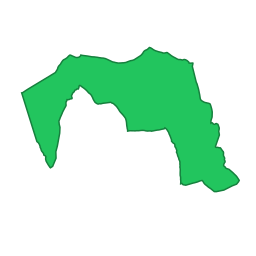 Harf Sufyan, Amran, Yemen (Natural Earth projection), rotated 344°
{"feature_id": "15242507B58979028300057", "entity_name": "Harf Sufyan", "entity_type": "district", "adm_level": 2, "iso_a3": "YEM", "parent_name": "Yemen", "parent_adm1": "Amran", "projection": "natural_earth1", "projection_center": [43.96, 16.372], "detail": "fine", "context": "isolated", "style": "filled", "palette": "green", "viewbox_px": 256, "rotation_deg": 344, "n_neighbors": 0, "source": "geoboundaries", "source_scale": "gbopen_adm2", "svg_char_len": 5777}
<svg xmlns="http://www.w3.org/2000/svg" viewBox="0 0 256 256"><g transform="rotate(344 128 128)"><path d="M206.2,103.3L206.8,86.7L207.2,85.8L208.2,83.9L208.2,83.4L205.9,82.9L204.6,82.4L204.6,81.4L203.4,79.5L202.2,78.3L201.1,77.7L200.8,77.6L200.1,77.6L199.1,77.7L197.0,76.5L196.4,76.4L195.7,76.2L195.1,75.9L194.4,75.3L193.9,74.8L192.1,73.0L191.4,72.4L190.4,71.3L189.9,70.8L188.9,69.5L188.5,68.9L187.1,67.1L186.6,66.4L185.9,66.1L184.4,66.1L183.8,66.0L183.1,65.8L182.3,65.6L181.8,65.1L181.1,64.6L180.5,64.3L178.4,63.1L175.7,61.3L175.0,60.7L174.4,60.1L173.8,59.5L173.4,58.9L171.9,57.2L171.4,56.9L170.7,56.5L169.7,57.1L168.4,57.7L167.8,57.9L166.0,58.1L165.5,58.3L164.9,58.5L164.5,58.7L163.7,59.3L162.7,60.3L161.9,60.8L161.1,61.4L159.7,62.0L155.7,63.2L153.0,64.0L152.7,64.1L150.8,64.2L149.0,64.0L146.1,64.2L144.0,64.4L142.5,64.2L141.6,64.1L140.5,63.8L139.0,63.5L136.5,62.9L133.6,61.4L132.8,60.9L131.4,60.2L129.8,58.8L127.3,56.6L125.5,55.1L124.8,54.7L123.5,54.0L121.6,53.3L119.0,52.1L118.5,51.8L115.0,50.3L114.0,50.0L112.9,49.6L109.0,47.7L104.8,45.9L103.7,45.4L103.0,45.0L102.7,44.9L102.5,45.4L102.3,45.6L101.9,45.8L101.4,46.1L100.4,46.4L100.0,46.4L99.0,46.3L98.3,46.2L97.8,46.0L97.0,45.6L96.3,45.0L93.6,42.8L93.0,42.2L92.4,42.0L92.1,41.9L91.8,42.0L91.4,42.2L90.7,42.5L90.4,42.7L88.9,43.6L88.6,43.7L88.1,43.9L87.5,44.1L86.5,44.4L85.8,44.5L84.9,44.7L84.0,45.1L83.6,45.4L81.9,46.8L80.7,48.0L80.4,48.2L78.7,49.2L78.3,49.5L78.0,49.8L77.4,50.4L76.6,51.7L76.1,52.3L75.4,52.9L73.9,54.3L73.4,54.7L42.8,63.0L39.8,63.9L38.0,64.5L36.4,65.0L35.5,64.9L35.5,66.2L36.7,115.7L36.8,116.0L36.9,116.3L37.3,116.8L37.6,117.1L37.7,117.4L37.8,117.7L38.0,118.4L38.2,119.0L38.3,119.3L38.3,119.7L38.4,121.0L38.4,121.6L38.2,122.6L38.3,122.9L38.5,123.6L38.5,123.9L38.5,124.2L38.5,124.9L38.5,125.5L38.5,125.8L38.7,126.5L39.2,127.7L39.3,128.0L39.6,128.7L39.7,129.3L39.8,129.6L39.8,129.9L39.6,130.6L39.7,130.9L39.9,131.2L40.1,131.4L40.4,131.6L40.8,132.0L41.0,132.2L41.1,132.5L41.1,132.9L41.0,133.2L40.9,133.5L40.7,133.8L40.6,134.1L40.4,134.7L40.2,135.4L40.2,136.1L40.2,136.8L40.2,137.2L40.2,137.5L41.2,141.5L42.0,143.9L42.1,144.3L42.5,144.9L45.0,144.1L50.5,137.2L52.1,130.9L55.1,125.9L60.9,114.2L62.8,108.6L62.9,105.5L63.5,102.2L64.4,101.2L66.0,99.0L67.8,96.9L69.6,94.6L71.0,93.1L73.1,90.9L74.0,90.1L74.8,89.0L75.0,87.6L75.6,85.9L76.7,84.9L77.2,83.9L78.2,84.3L79.5,84.4L80.3,84.2L81.0,84.2L82.0,84.4L82.6,83.8L82.4,82.8L82.7,81.2L83.4,80.5L84.3,79.4L85.1,78.8L86.3,78.3L86.9,77.5L87.6,76.9L88.5,77.0L89.6,76.4L91.0,76.8L91.9,75.6L92.6,74.1L93.5,73.8L94.6,75.0L95.4,76.2L96.0,76.8L96.8,77.9L97.7,79.2L98.5,80.5L99.2,81.9L99.8,83.3L100.9,84.7L101.4,85.5L101.9,86.9L102.2,88.4L102.4,89.3L102.4,90.2L102.7,91.7L103.1,93.2L103.4,94.2L104.3,95.4L105.3,96.4L106.1,96.8L107.5,96.8L108.3,97.2L109.1,97.3L110.0,97.3L111.3,97.4L113.5,97.8L114.9,98.0L116.2,98.2L117.5,98.4L118.5,98.5L119.3,99.5L120.6,100.4L121.4,101.6L122.1,102.8L122.9,104.1L123.9,106.9L124.3,108.4L124.6,109.5L125.2,111.0L126.6,113.7L127.2,115.1L128.1,117.4L128.3,118.4L128.3,120.0L128.2,121.3L128.0,122.7L127.6,124.6L127.4,126.0L127.3,127.0L127.1,128.5L127.1,129.6L126.8,130.9L128.7,131.1L129.6,131.3L134.4,132.8L135.3,132.9L137.0,133.4L137.7,133.6L139.1,133.8L140.7,134.1L142.1,134.5L142.8,134.8L143.6,135.2L144.2,135.6L145.9,136.3L148.6,136.9L149.6,137.5L151.4,137.7L153.8,137.9L154.9,138.0L155.8,138.1L157.2,138.4L159.6,138.5L161.3,138.6L162.4,138.8L163.5,138.0L164.7,139.7L165.2,141.1L165.5,142.2L165.8,143.2L165.9,144.2L165.9,145.1L166.2,146.7L166.5,150.3L166.5,150.9L166.6,151.2L166.5,151.7L166.2,152.6L166.8,154.0L167.1,154.6L167.5,155.2L168.3,156.0L168.4,156.9L168.0,158.9L168.5,160.4L168.6,161.9L168.7,163.2L167.9,164.6L168.1,165.6L168.2,167.1L168.1,168.3L168.2,169.2L168.4,170.5L168.3,172.4L168.5,173.3L168.6,174.2L168.5,175.2L168.2,176.1L167.9,177.2L167.6,178.9L167.1,179.8L167.1,180.7L166.8,182.2L166.6,183.0L165.9,185.1L165.6,186.1L165.1,187.9L165.0,189.7L164.8,190.6L164.3,192.2L164.2,193.2L163.9,194.2L163.6,195.2L163.3,195.9L163.2,196.2L164.6,196.2L165.3,197.7L167.8,198.9L168.7,198.9L170.2,198.9L173.6,198.9L174.5,198.9L175.9,198.9L176.8,199.0L179.1,199.0L180.1,199.0L182.6,198.7L184.0,198.8L184.8,198.9L185.3,199.7L185.7,201.4L186.0,202.4L186.7,203.7L187.7,205.0L188.5,206.3L189.4,207.5L190.1,208.3L190.7,209.0L191.6,210.3L192.1,211.0L192.6,211.7L193.4,212.9L195.3,213.5L203.1,214.1L212.4,212.3L216.9,211.9L219.6,210.0L220.5,208.9L220.3,208.4L219.3,205.1L218.8,203.9L218.2,202.8L217.8,202.2L216.6,200.0L215.5,198.3L214.8,197.3L213.8,195.7L213.3,195.3L212.1,194.5L211.8,194.3L210.8,193.3L210.7,192.6L210.4,191.8L209.9,191.4L209.6,190.6L209.8,189.9L210.1,189.2L211.1,188.1L211.7,187.7L212.1,186.9L212.1,186.1L211.9,185.3L212.1,184.6L212.5,184.0L212.6,183.2L212.5,182.5L212.2,181.6L212.3,180.0L212.5,179.7L212.8,178.8L213.1,177.6L213.0,177.0L212.4,175.6L211.8,173.8L211.4,172.6L210.1,172.1L209.9,172.0L208.9,171.3L207.9,171.1L207.5,171.0L206.9,170.5L207.1,169.6L207.3,169.4L210.4,164.9L210.5,164.8L213.5,160.5L213.9,159.9L214.0,159.2L214.2,157.5L214.2,156.7L214.4,155.9L214.8,155.3L215.1,154.5L215.4,154.2L215.7,152.9L215.6,151.2L215.5,149.6L215.4,149.2L214.2,148.1L213.4,148.0L212.7,148.3L212.0,148.3L211.4,147.9L211.0,147.5L211.0,147.3L210.7,146.7L210.2,146.1L209.3,146.0L209.1,146.1L209.2,145.3L209.5,144.6L209.8,143.8L211.0,141.9L211.5,141.2L211.9,140.5L212.1,139.8L212.4,138.9L213.2,136.4L213.4,135.6L213.6,133.9L213.7,132.3L213.7,131.4L213.7,129.7L213.6,128.0L213.4,127.3L212.8,126.8L212.2,126.4L211.6,126.1L210.2,125.3L208.9,124.6L208.3,124.1L207.7,123.6L207.2,123.0L206.6,122.4L206.2,121.8L205.7,121.0L205.6,120.2L205.6,119.4L205.9,117.0L206.1,115.4L206.2,113.5L206.4,111.8L206.4,111.0L206.5,110.3L206.5,108.7L206.5,106.1L206.5,105.3L206.5,104.5L206.4,103.7L206.2,103.3Z" fill="#22c55e" stroke="#15803d" stroke-width="1.5"/></g></svg>